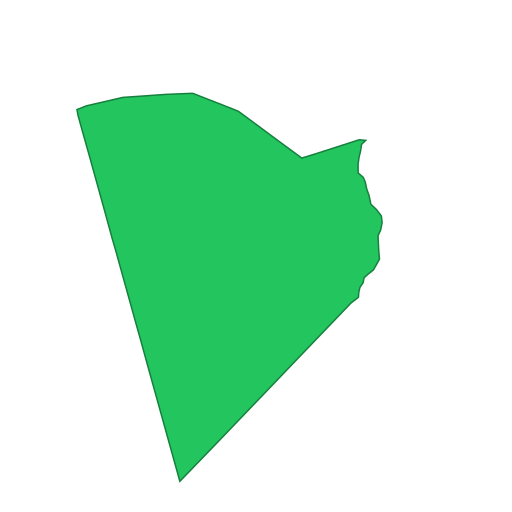 Heliópolis, Bahia, Brazil (Albers equal-area conic projection), rotated 343°
{"feature_id": "56859067B32891421034435", "entity_name": "Heliópolis", "entity_type": "district", "adm_level": 2, "iso_a3": "BRA", "parent_name": "Brazil", "parent_adm1": "Bahia", "projection": "albers", "projection_center": [-38.271, -10.758], "detail": "fine", "context": "isolated", "style": "filled", "palette": "green", "viewbox_px": 512, "rotation_deg": 343, "n_neighbors": 0, "source": "geoboundaries", "source_scale": "gbopen_adm2", "svg_char_len": 858}
<svg xmlns="http://www.w3.org/2000/svg" viewBox="0 0 512 512"><g transform="rotate(343 256 256)"><path d="M394.7,177.5L388.7,175.0L342.4,175.7L328.4,175.7L310.8,152.1L289.3,123.0L281.5,112.5L276.1,108.1L243.0,81.9L217.5,75.2L205.4,72.4L195.3,70.1L175.1,65.4L138.0,62.8L127.6,63.6L126.9,69.6L126.6,80.9L125.8,116.3L124.3,173.7L123.6,196.9L123.4,210.7L121.6,280.6L121.1,302.6L120.3,331.3L117.3,449.2L162.6,424.1L235.2,383.5L243.6,378.8L253.9,373.0L259.8,369.7L333.2,328.7L341.9,325.4L343.7,320.8L346.2,316.4L350.7,312.8L353.0,308.4L358.0,306.1L364.3,303.6L368.4,299.7L373.2,295.1L374.7,287.8L376.7,279.8L378.7,272.2L382.8,267.6L386.4,260.9L387.6,254.4L384.8,246.8L381.0,240.1L381.8,231.5L381.5,224.1L382.1,217.4L381.6,212.3L378.0,206.4L380.5,197.9L383.7,191.2L386.8,186.0L389.6,180.1L394.7,177.5Z" fill="#22c55e" stroke="#15803d" stroke-width="1.5"/></g></svg>